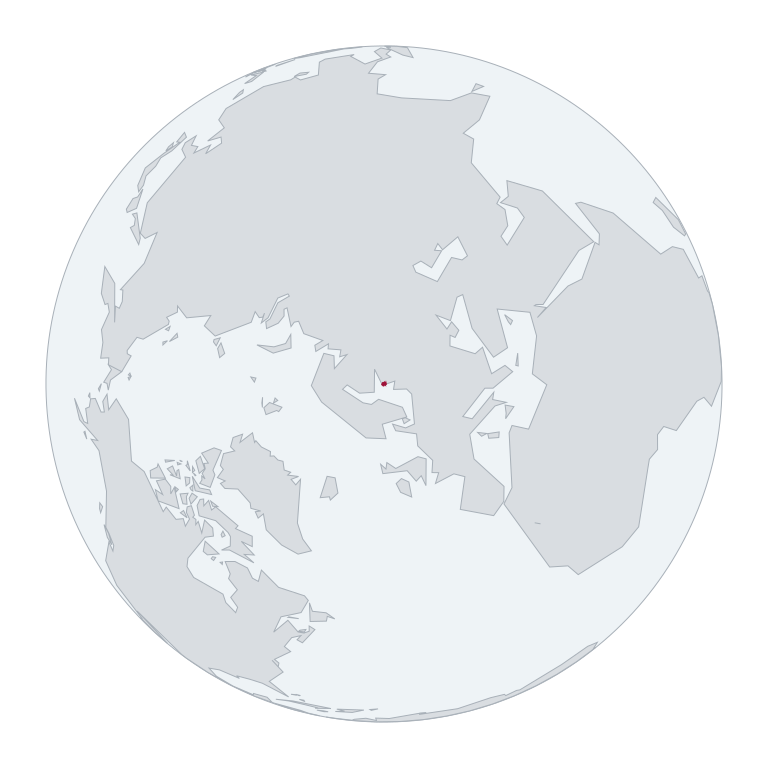 globe centered on Lääne, rotated 262°
{"feature_id": "EST-1661", "entity_name": "Lääne", "entity_type": "County", "adm_level": 1, "iso_a3": "EST", "parent_name": "Estonia", "parent_adm1": "", "projection": "orthographic", "projection_center": [23.689, 58.901], "detail": "coarse", "context": "on_globe", "style": "filled", "palette": "rose", "viewbox_px": 768, "rotation_deg": 262, "n_neighbors": 0, "source": "natural_earth", "source_scale": "10m", "svg_char_len": 11732}
<svg xmlns="http://www.w3.org/2000/svg" viewBox="0 0 768 768"><g transform="rotate(262 384 384)"><circle cx="384" cy="384" r="338" fill="#eef3f6" stroke="#a8b0b8"/><path d="M74.0,249.4L77.4,242.1L92.9,212.4L107.0,190.5L122.7,169.7L140.0,150.2L144.3,146.0L193.6,107.9L157.3,133.5L170.3,122.3L186.7,110.2L184.8,112.1L205.7,100.4L221.7,91.4L247.8,83.8L265.9,89.6L256.3,92.3L261.7,93.9L274.1,90.9L280.9,88.6L316.5,94.3L357.7,92.5L370.1,86.3L367.9,92.6L391.0,77.6L413.0,75.5L388.5,81.6L386.2,85.1L401.3,85.2L402.3,89.0L410.1,91.4L409.9,96.1L395.6,99.9L395.2,103.2L405.9,103.1L412.5,108.3L396.8,107.8L406.6,116.8L384.5,126.1L342.8,123.2L330.7,134.3L288.3,147.6L292.4,151.2L278.9,159.2L278.6,166.5L270.8,167.5L277.3,172.6L284.5,170.4L289.7,172.0L290.3,176.3L280.4,178.0L278.7,176.1L276.1,178.9L270.9,178.0L273.8,180.9L261.8,182.8L274.2,187.4L265.2,194.3L257.1,193.9L257.2,185.5L238.8,165.6L230.6,163.5L218.9,168.6L198.3,195.3L189.6,196.9L178.2,205.3L183.3,208.0L194.0,202.5L200.6,210.1L212.9,203.0L217.4,205.3L230.3,202.0L229.0,211.7L220.8,223.2L210.0,226.7L206.0,232.1L216.8,236.7L197.3,251.3L185.3,275.8L180.2,278.9L169.2,270.1L167.8,249.6L153.6,240.2L163.4,255.9L150.4,264.4L148.5,270.1L149.6,275.5L154.8,276.2L150.4,281.4L139.1,267.2L142.8,262.3L146.4,266.7L145.7,257.3L137.9,248.8L132.0,254.3L126.6,237.2L122.3,241.1L118.7,239.9L126.0,234.7L112.8,244.0L105.5,229.0L87.4,246.0L104.6,221.9L110.3,210.0L115.6,197.4L112.6,199.8L123.8,181.3L127.0,171.2L117.9,177.4L105.9,192.4L94.4,211.4L95.7,211.7L90.1,224.6L84.0,229.2L72.4,256.0L67.7,265.0L64.4,274.1L74.0,249.4ZM62.3,280.4L59.7,289.4L55.5,305.5L56.1,308.0L55.5,319.6L51.8,329.7L54.3,329.3L52.0,342.7L53.0,373.5L51.9,373.3L52.2,411.7L58.5,445.9L59.9,460.1L58.5,461.2L62.1,472.6L62.2,475.9L81.5,520.9L95.9,549.3L98.5,559.3L92.4,554.2L93.8,557.2L82.4,536.4L72.5,514.9L64.1,492.7L57.2,470.0L52.0,446.9L48.4,423.5L46.5,399.8L46.2,376.1L47.6,352.5L50.6,328.9L55.3,305.7L56.8,299.9L59.1,291.4L59.2,290.7L62.3,280.4ZM82.8,249.7L70.0,286.3L72.5,270.7L72.9,272.4L77.1,261.9L83.4,245.5L86.9,233.0L82.8,249.7ZM87.9,254.3L89.7,248.7L88.6,253.6L87.9,254.3ZM283.8,87.2L274.3,90.5L262.7,92.1L270.6,88.7L283.8,87.2ZM305.9,86.0L301.7,88.3L296.0,85.5L300.2,85.0L305.9,86.0ZM378.8,81.3L370.8,82.0L378.2,80.1L378.8,81.3ZM411.2,90.9L413.2,89.6L416.4,91.5L411.2,90.9ZM230.2,196.9L230.2,199.4L227.8,198.7L230.2,196.9ZM235.7,193.2L232.9,190.7L235.1,188.6L236.8,190.2L235.7,193.2ZM419.1,100.5L423.7,104.2L416.6,101.1L419.1,100.5ZM238.7,197.0L239.4,185.3L243.4,181.7L253.2,185.0L238.7,197.0ZM424.8,106.7L436.1,116.1L441.4,113.8L432.7,126.0L426.0,113.7L416.3,110.1L423.2,109.8L424.8,106.7ZM286.6,167.9L278.9,170.4L284.8,164.4L286.6,167.9ZM289.1,163.7L299.7,144.1L311.2,142.9L305.3,149.5L319.8,145.2L320.2,154.2L312.3,158.6L304.8,157.5L310.7,161.9L289.1,163.7ZM426.1,131.5L426.7,134.5L423.4,132.1L426.1,131.5ZM292.3,172.2L293.4,168.2L303.5,166.8L303.1,174.7L299.9,172.6L292.3,172.2ZM323.4,139.9L330.8,140.4L333.2,147.8L336.3,149.1L321.2,154.4L323.4,139.9ZM297.9,175.1L302.6,178.7L298.3,183.4L291.9,176.1L297.9,175.1ZM306.2,163.3L311.0,163.0L308.2,165.7L306.2,163.3ZM285.7,202.5L286.8,197.3L292.2,196.1L285.7,202.5ZM304.6,179.8L306.1,178.2L308.3,177.3L310.4,180.6L304.6,179.8ZM323.9,159.4L323.3,162.4L330.2,157.6L332.3,163.2L321.8,165.8L327.1,167.0L327.8,168.8L318.5,169.0L323.9,159.4ZM319.3,181.3L306.6,187.0L303.4,196.6L298.5,197.9L304.6,182.2L319.3,181.3ZM319.6,174.0L318.3,178.7L313.0,177.7L310.6,173.9L319.6,174.0ZM337.4,166.2L337.0,156.8L339.3,156.6L337.4,166.2ZM319.4,184.2L322.4,182.8L319.8,185.0L319.4,184.2ZM333.1,171.8L332.6,168.5L335.2,168.3L333.1,171.8ZM328.9,182.9L324.8,184.6L323.0,182.0L328.9,182.9ZM331.6,178.0L335.4,178.6L324.9,180.0L331.0,176.5L331.6,178.0ZM335.6,172.2L337.0,171.0L335.4,173.6L335.6,172.2ZM337.9,192.1L325.1,194.6L321.2,188.6L334.2,187.0L337.9,192.1ZM354.0,720.6L339.6,718.3L316.4,705.2L326.3,699.0L323.4,691.4L297.2,667.0L303.0,655.1L295.8,647.8L281.0,645.8L272.6,636.3L263.6,633.5L207.1,616.3L189.7,597.3L168.2,549.8L178.3,540.9L179.7,522.6L248.5,486.1L263.5,496.3L318.2,501.1L325.1,505.0L319.2,520.9L360.6,545.1L373.4,532.3L410.4,541.8L434.7,538.5L442.5,506.5L402.7,511.4L395.3,496.2L426.8,479.0L461.6,474.4L459.8,468.4L437.5,458.6L445.0,445.1L429.7,454.0L436.2,459.6L426.8,465.6L420.2,460.9L423.1,456.2L412.5,454.6L401.3,478.5L406.7,486.7L379.2,492.0L385.6,506.4L378.3,513.2L364.7,491.4L365.8,483.3L340.8,457.5L337.3,466.5L360.6,491.6L353.5,489.4L348.8,502.6L346.8,490.9L322.3,461.9L297.2,462.7L265.9,488.6L251.1,486.3L238.4,474.3L249.2,442.1L281.0,451.2L285.3,440.7L278.3,421.1L288.6,425.8L289.6,419.2L301.6,421.6L318.0,408.8L330.1,409.3L336.1,389.1L343.1,386.9L337.5,399.3L340.2,408.6L370.2,410.0L375.9,405.7L377.3,392.7L385.4,395.1L382.9,382.3L400.0,376.7L377.2,373.2L378.3,358.6L388.2,347.4L384.5,342.2L368.3,360.6L365.5,368.7L369.6,376.5L358.4,399.0L348.2,402.0L344.4,376.7L329.5,378.4L333.1,358.7L374.8,319.7L392.5,311.8L422.7,328.7L418.9,338.4L406.1,337.0L418.3,351.4L417.1,343.9L423.8,346.1L426.6,333.5L431.5,334.6L425.7,321.0L432.0,320.9L435.6,329.5L445.0,311.6L458.0,308.2L457.7,303.7L453.8,299.9L472.9,298.6L471.9,295.4L465.2,294.5L458.9,287.7L455.2,275.4L462.0,275.6L464.3,280.1L479.2,290.2L484.2,302.5L486.6,301.4L483.9,290.8L465.7,278.4L461.5,271.0L470.8,275.5L467.1,273.3L467.1,269.7L473.6,266.5L463.6,261.1L455.0,223.5L466.6,214.2L475.9,222.0L477.0,197.8L490.0,190.4L483.9,189.4L480.3,178.0L476.2,180.0L473.0,178.8L461.9,151.7L464.6,145.9L452.9,134.3L449.7,134.0L447.0,137.5L432.7,126.0L441.4,113.8L448.2,115.1L449.0,107.0L464.2,111.4L477.2,111.8L493.4,122.0L502.2,121.8L501.5,118.8L513.1,116.7L539.2,123.9L521.1,131.4L482.5,125.8L498.5,128.9L495.8,132.4L502.1,136.3L513.4,138.5L514.1,136.1L536.8,163.3L565.6,180.4L561.4,167.7L567.2,163.7L596.4,174.8L636.2,219.1L644.5,216.5L650.6,220.8L655.9,232.5L647.1,226.5L645.0,232.7L639.2,227.9L644.8,245.5L636.8,239.4L645.1,256.7L651.2,257.0L649.2,243.2L659.9,261.5L668.6,257.1L678.8,266.0L695.3,306.2L698.2,334.0L700.3,338.7L696.7,343.6L699.1,362.0L711.7,364.8L713.9,370.9L714.4,400.3L713.1,396.6L703.5,409.7L707.0,427.3L714.5,420.8L717.2,427.6L713.8,437.2L710.4,432.0L706.9,436.2L704.0,422.4L693.9,411.9L690.1,428.6L686.8,420.6L672.3,417.6L664.9,441.1L655.4,489.2L660.1,511.1L654.2,528.9L632.3,515.3L621.3,497.4L614.1,506.9L590.9,501.2L552.9,525.0L546.9,520.8L539.9,528.1L523.5,528.6L514.0,520.4L504.4,525.3L529.4,546.1L539.7,540.6L547.4,524.6L552.5,533.2L568.3,534.0L553.1,567.7L495.7,611.5L489.1,595.6L440.6,552.6L441.5,545.8L441.3,545.1L440.6,543.8L437.2,555.2L428.5,545.2L455.4,579.8L460.4,594.6L494.9,612.7L491.9,616.3L502.7,618.2L536.2,598.8L536.6,604.3L521.4,634.7L474.1,676.1L479.9,688.7L475.7,699.1L445.2,710.3L446.9,713.9L431.0,717.3L429.4,718.5L417.1,720.3L385.5,721.9L354.0,720.6ZM225.6,513.9L223.8,519.4L223.8,519.5L225.6,513.9ZM499.3,484.5L519.5,477.6L508.8,460.7L515.6,456.8L509.4,452.7L507.9,459.6L492.5,447.3L500.6,437.6L497.3,429.1L490.3,431.1L478.0,451.1L499.9,468.5L496.0,478.6L499.3,484.5ZM53.1,374.4L52.8,380.1L52.3,375.1L53.1,374.4ZM70.4,272.1L68.8,278.5L67.2,283.1L67.9,278.8L70.4,272.1ZM63.6,324.8L63.1,332.9L62.6,326.0L63.6,324.8ZM68.6,292.0L63.9,318.7L63.2,306.8L66.5,290.2L65.6,299.4L68.6,292.0ZM83.5,256.3L82.0,260.7L80.8,261.1L83.5,256.3ZM87.1,257.9L87.2,256.5L89.0,253.4L87.1,257.9ZM151.1,265.2L151.9,266.5L151.8,272.5L149.5,270.6L151.1,265.2ZM165.5,294.8L158.2,302.6L161.8,295.5L157.2,294.0L159.1,277.8L177.7,279.7L168.9,281.5L165.5,294.8ZM166.7,257.3L163.5,266.9L166.3,256.4L166.7,257.3ZM283.7,382.2L287.9,388.1L283.5,395.0L268.2,395.7L274.4,385.4L283.7,382.2ZM294.9,394.9L295.4,370.4L305.0,369.5L299.5,374.1L305.8,375.9L298.7,383.9L307.3,407.5L304.0,415.3L277.5,411.4L288.0,408.1L283.3,402.4L294.9,394.9ZM279.9,314.3L280.3,305.0L300.5,314.8L297.9,322.5L282.4,323.2L276.5,314.7L279.9,314.3ZM255.9,205.6L254.8,202.4L257.5,201.7L260.7,204.0L255.9,205.6ZM285.8,200.2L263.9,219.7L261.5,216.8L251.6,232.3L241.3,230.9L248.0,220.8L232.7,231.7L234.7,221.9L225.0,230.3L241.1,207.9L242.2,200.0L244.9,209.2L254.3,210.7L258.7,208.9L272.1,198.3L279.2,182.6L289.7,182.0L295.3,185.8L295.2,189.4L288.4,188.6L293.1,194.1L283.2,195.7L285.8,200.2ZM354.0,237.0L346.2,233.3L354.0,247.0L344.1,247.7L345.7,249.2L338.7,253.8L332.9,262.2L328.4,261.2L328.1,265.0L323.5,268.3L321.5,273.2L312.7,273.2L309.6,279.3L307.2,275.9L304.3,286.5L302.5,278.7L296.4,282.6L301.3,288.1L258.4,278.9L241.8,281.9L228.9,288.9L227.5,275.2L238.8,260.2L256.0,247.1L272.2,246.5L268.7,240.7L275.4,238.8L275.4,244.2L279.4,234.9L284.9,234.9L300.3,224.7L302.7,211.9L308.3,208.2L310.1,213.2L314.5,206.0L321.8,213.0L326.0,210.6L337.4,215.4L338.5,226.9L343.1,223.3L352.0,227.1L354.0,237.0ZM340.9,193.8L344.4,206.8L340.8,213.8L322.5,202.6L317.6,203.9L305.8,197.5L311.3,187.7L314.2,190.3L318.3,190.7L314.9,193.6L320.7,191.5L324.9,195.2L330.4,194.7L330.1,199.0L340.9,193.8ZM332.7,499.6L338.0,500.9L346.3,501.0L343.5,509.5L332.7,499.6ZM315.7,480.2L320.4,479.8L320.5,491.4L315.0,490.2L315.7,480.2ZM323.0,470.0L320.7,478.9L318.7,473.4L323.0,470.0ZM341.9,398.4L347.0,397.3L347.6,400.4L344.8,404.8L341.9,398.4ZM375.2,279.7L371.3,275.9L372.7,274.1L370.1,262.9L377.2,261.7L381.6,268.1L375.2,279.7ZM435.9,513.1L428.9,520.1L425.2,517.7L428.3,515.8L435.9,513.1ZM384.1,517.1L396.0,520.7L383.2,519.4L384.1,517.1ZM382.5,276.5L380.5,271.9L385.3,274.2L382.5,276.5ZM382.2,260.4L387.8,261.9L377.7,260.3L382.2,260.4ZM530.9,679.1L505.7,698.4L490.5,703.6L488.9,702.2L499.0,692.5L517.1,683.8L526.3,675.8L530.9,679.1ZM716.6,443.8L713.8,454.0L703.2,458.2L707.1,448.4L716.9,433.2L716.5,437.7L718.5,431.4L717.7,437.0L716.6,443.8ZM720.9,409.6L720.8,406.6L720.9,398.2L721.4,391.1L718.8,345.7L718.9,340.0L720.7,355.9L720.7,355.4L721.9,382.5L720.9,409.6ZM661.5,511.8L668.6,516.9L664.8,524.0L661.5,511.8ZM714.4,322.3L717.7,341.2L713.6,320.8L714.4,322.3ZM709.9,306.8L711.4,309.8L710.4,310.8L709.9,306.8ZM703.6,344.1L703.2,352.7L701.6,350.2L701.0,337.8L703.6,344.1ZM686.7,273.9L692.9,281.6L695.0,285.7L691.8,284.6L686.7,273.9ZM440.4,263.6L436.1,280.2L437.8,292.2L446.1,298.6L432.6,297.0L430.0,278.6L440.4,263.6ZM452.5,228.2L445.2,223.2L449.4,221.0L451.7,221.9L452.5,228.2ZM447.4,228.3L436.4,230.5L433.0,224.9L442.3,224.2L447.4,228.3ZM409.5,253.1L407.7,258.0L403.9,255.9L409.5,253.1ZM713.6,309.5L713.8,310.8L715.8,321.0L710.1,296.5L710.8,298.0L713.6,309.5ZM711.1,302.0L713.3,311.5L710.0,298.8L711.1,302.0ZM712.8,311.2L711.3,307.7L710.6,302.5L712.8,311.2ZM710.4,298.4L707.2,289.6L708.3,291.1L710.4,298.4ZM707.2,300.5L708.5,295.2L709.7,308.3L702.0,295.0L700.9,287.8L707.2,300.5ZM652.3,209.1L648.3,207.3L645.2,200.4L648.8,203.6L652.3,209.1ZM631.2,177.7L643.0,198.0L651.8,215.3L652.6,212.4L660.9,221.5L655.9,222.7L644.4,206.3L639.0,194.4L631.4,188.2L623.2,177.3L614.3,173.5L608.5,167.8L614.9,167.8L631.2,177.7ZM610.7,172.4L592.4,163.4L589.6,153.5L593.0,153.2L602.6,161.3L603.5,166.1L610.7,172.4ZM587.2,158.5L587.8,163.1L562.3,162.9L556.2,160.5L574.2,154.6L575.8,158.8L582.5,160.8L587.2,158.5ZM430.2,133.9L427.0,134.5L428.6,132.1L430.2,133.9ZM470.8,180.2L466.7,178.1L468.6,175.2L470.8,180.2ZM456.3,170.9L457.0,175.6L453.4,170.5L456.3,170.9ZM459.1,186.3L455.9,177.4L463.0,186.1L459.1,186.3Z" fill="#d9dde1" stroke="#a8b0b8" stroke-width="1"/><path d="M383.7,386.1L383.6,385.9L383.5,386.0L383.4,385.9L383.5,385.8L383.4,385.2L383.6,385.1L383.5,384.9L384.3,385.0L384.3,384.7L384.6,384.8L384.3,384.6L383.2,384.8L383.5,384.5L383.2,383.8L383.8,383.5L383.8,383.3L383.6,383.1L383.8,383.4L383.6,383.6L383.1,383.3L383.4,382.9L383.5,383.0L383.3,382.2L383.9,381.9L384.7,382.6L385.0,382.6L385.3,382.8L385.4,383.1L385.2,383.4L385.2,383.6L385.5,384.4L385.4,384.5L385.2,384.9L385.4,385.0L384.8,385.3L384.7,385.6L384.5,385.9L384.7,386.0L383.7,386.1ZM383.0,383.2L383.1,383.5L382.8,383.6L382.4,383.6L382.3,383.3L382.4,383.1L383.0,383.2Z" fill="#f43f5e" stroke="#9f1239" stroke-width="1.5"/></g></svg>